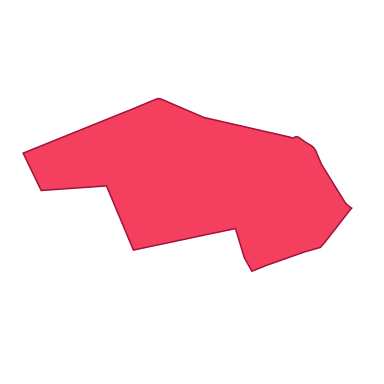 Gedo, orthographic projection, rotated 68°
{"feature_id": "SOM-2314", "entity_name": "Gedo", "entity_type": "Region", "adm_level": 1, "iso_a3": "SOM", "parent_name": "Somalia", "parent_adm1": "", "projection": "orthographic", "projection_center": [41.827, 2.779], "detail": "fine", "context": "isolated", "style": "filled", "palette": "rose", "viewbox_px": 384, "rotation_deg": 68, "n_neighbors": 0, "source": "natural_earth", "source_scale": "10m", "svg_char_len": 883}
<svg xmlns="http://www.w3.org/2000/svg" viewBox="0 0 384 384"><g transform="rotate(68 192 192)"><path d="M176.7,82.2L177.9,80.4L179.2,79.4L179.7,78.2L179.6,75.4L180.2,73.6L181.8,72.2L188.3,68.2L193.5,64.1L196.6,62.5L199.6,61.8L207.5,61.7L214.4,61.6L225.2,59.8L239.2,57.4L252.9,55.0L259.4,53.9L263.3,52.3L266.7,50.1L266.8,50.0L268.6,53.5L287.8,86.5L291.5,93.8L289.7,110.3L287.9,150.6L287.9,166.2L272.4,168.1L242.2,165.4L236.7,195.6L234.0,211.2L223.9,268.1L154.3,269.0L134.1,331.3L92.7,334.0L92.7,332.5L92.7,321.0L92.7,309.6L92.7,298.1L92.7,286.6L92.7,275.2L92.7,263.7L92.7,254.0L92.7,244.2L92.7,234.4L92.7,224.7L92.8,217.9L92.6,205.5L92.5,193.7L92.5,188.8L93.8,186.3L96.9,183.2L104.5,175.7L112.0,168.3L119.5,160.8L127.1,153.3L131.8,146.6L136.5,139.8L141.3,133.0L146.0,126.2L153.7,115.2L161.4,104.2L169.0,93.2L176.7,82.2Z" fill="#f43f5e" stroke="#9f1239" stroke-width="1.5"/></g></svg>